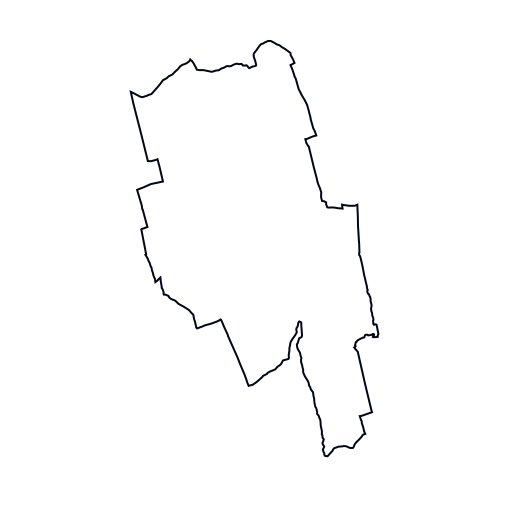 Tanasoaia, Vrancea, Romania, rotated 260°
{"feature_id": "2599482B41706527449464", "entity_name": "Tanasoaia", "entity_type": "district", "adm_level": 2, "iso_a3": "ROU", "parent_name": "Romania", "parent_adm1": "Vrancea", "projection": "equal_earth", "projection_center": [27.348, 46.108], "detail": "fine", "context": "isolated", "style": "outline", "palette": "ink", "viewbox_px": 512, "rotation_deg": 260, "n_neighbors": 0, "source": "geoboundaries", "source_scale": "gbopen_adm2", "svg_char_len": 6081}
<svg xmlns="http://www.w3.org/2000/svg" viewBox="0 0 512 512"><g transform="rotate(260 256 256)"><path d="M449.8,325.2L450.7,324.5L455.0,320.4L457.3,317.6L458.9,316.3L460.1,314.7L460.8,313.2L462.6,311.2L465.0,308.2L465.3,307.2L465.6,306.0L465.6,305.3L465.4,304.0L465.1,303.4L464.9,302.0L464.0,299.8L463.8,298.0L463.2,296.9L462.4,295.9L458.6,292.2L456.3,289.6L455.7,289.1L454.6,288.6L452.8,288.4L447.3,289.2L444.4,289.3L443.8,289.2L443.4,288.9L443.3,288.5L443.0,284.4L442.1,282.4L442.1,282.1L442.5,281.6L444.4,280.6L445.4,279.9L445.5,279.0L445.5,278.2L445.8,276.2L447.0,275.6L447.7,275.1L447.8,273.3L448.0,272.2L448.7,270.6L448.7,269.5L448.4,267.5L447.5,264.8L447.3,263.5L447.4,262.7L447.8,261.8L448.0,260.8L447.9,259.5L447.2,257.9L446.9,256.3L446.7,254.7L446.1,253.1L445.6,252.2L445.4,251.6L445.6,248.5L445.1,245.2L445.1,244.6L445.2,244.0L445.7,242.8L447.9,237.3L448.5,235.0L448.7,233.3L449.6,230.3L449.9,230.1L452.8,229.3L457.1,227.8L458.9,226.9L460.3,225.8L460.9,225.4L460.4,225.1L459.6,224.3L458.9,223.3L457.9,221.0L457.5,219.7L457.2,217.5L456.9,216.3L456.0,214.3L454.3,212.4L453.3,211.2L451.5,208.2L449.3,205.2L448.9,204.1L448.2,201.5L447.5,200.2L446.6,199.0L445.7,196.1L445.1,194.7L442.3,191.8L439.3,188.3L434.0,181.6L433.7,181.1L433.5,180.4L433.3,178.2L432.8,176.7L432.3,173.0L432.2,172.0L432.3,171.1L432.5,170.5L433.7,168.7L437.8,163.5L439.4,161.2L427.6,161.7L394.6,164.2L368.3,166.0L367.6,168.8L368.0,174.2L368.4,175.8L360.2,176.5L345.5,177.3L345.1,165.0L343.2,157.4L341.8,150.4L325.3,152.3L322.2,152.1L321.4,152.5L319.1,152.7L303.4,154.1L302.4,148.2L302.1,147.7L276.7,148.1L276.3,147.3L275.6,147.7L271.9,149.0L269.9,149.3L267.5,150.1L266.2,150.2L263.8,150.6L262.5,151.1L260.4,151.0L257.4,151.5L255.0,151.6L252.6,152.0L251.0,152.5L247.8,152.4L248.4,153.4L248.5,154.1L250.3,156.3L251.4,158.1L247.4,157.8L241.4,157.8L241.0,157.6L239.2,158.3L237.1,158.7L236.1,158.7L235.0,158.4L234.0,158.5L233.7,160.0L233.0,161.2L231.8,162.9L231.2,163.1L230.5,163.2L230.0,163.5L228.8,164.5L227.4,166.4L227.0,167.3L226.2,168.4L225.4,169.2L222.3,171.4L218.9,175.7L215.2,179.8L214.3,180.7L210.9,182.7L209.8,183.6L208.7,184.1L205.2,184.0L201.9,184.5L196.2,184.8L195.9,184.8L194.9,185.4L196.0,191.5L196.6,193.7L197.2,200.5L197.8,203.6L198.5,207.3L199.0,208.7L199.3,209.1L199.7,210.0L199.5,210.3L197.1,211.1L192.4,212.1L183.3,214.5L182.2,214.5L159.2,220.2L151.7,221.7L142.3,223.9L136.4,225.0L133.8,225.3L129.4,226.2L129.5,226.9L129.7,229.9L130.0,231.0L130.6,232.1L131.2,233.6L132.8,236.5L135.2,240.3L136.1,241.6L136.6,242.0L136.9,242.7L137.9,246.2L138.3,246.5L138.9,247.3L139.7,249.4L140.9,255.0L143.4,258.3L143.9,259.6L145.0,261.6L145.6,262.2L148.3,264.3L148.5,264.6L148.9,269.4L149.0,270.0L149.2,270.3L150.1,270.7L153.1,271.1L157.1,272.5L158.0,272.6L159.5,272.9L162.9,274.3L163.8,274.5L165.3,275.2L167.3,276.9L171.2,280.8L173.5,282.7L173.8,282.9L174.4,282.9L176.6,282.9L177.5,283.2L178.3,283.6L178.8,284.3L179.9,285.0L183.0,286.1L183.9,287.0L184.0,287.4L183.0,288.7L182.7,289.0L179.3,288.5L170.2,287.6L168.6,287.1L168.3,286.7L167.9,285.8L167.6,284.4L167.1,284.0L163.6,282.3L162.5,281.6L162.0,280.9L159.3,280.7L158.3,280.8L156.6,281.1L153.2,282.5L149.9,282.6L148.3,282.9L147.6,283.0L146.3,282.4L143.7,282.0L142.8,282.1L140.1,282.5L138.8,282.4L135.9,282.7L133.6,282.3L132.8,282.3L129.2,283.2L123.7,285.4L122.2,285.8L118.9,285.8L117.5,286.6L115.4,286.8L113.8,287.5L112.7,288.1L112.5,288.3L111.1,288.5L108.4,288.3L105.5,288.5L101.9,288.1L97.8,288.2L97.2,288.3L95.6,288.9L94.7,289.0L91.6,289.1L90.1,288.8L89.3,289.0L88.1,289.9L86.7,290.2L85.6,290.2L84.6,290.7L84.1,290.8L82.1,290.8L77.5,290.3L72.0,290.5L70.2,290.2L69.1,289.8L67.7,290.3L66.4,290.0L64.9,290.2L64.3,290.7L63.7,290.9L61.8,290.0L60.4,289.0L59.1,289.1L57.9,289.5L56.6,290.1L56.0,289.8L54.8,289.0L54.1,288.4L53.3,288.2L52.5,288.4L51.4,288.4L50.1,289.0L48.6,288.8L47.7,289.0L47.0,289.5L46.4,291.7L50.7,297.3L52.5,298.8L53.1,299.5L53.8,303.6L53.9,304.3L53.5,308.0L53.6,309.1L53.5,310.0L52.8,312.1L51.2,314.3L50.8,315.0L50.4,316.3L50.2,317.7L50.2,318.2L50.4,318.5L51.4,319.3L52.5,319.9L53.6,320.7L55.1,322.3L56.8,324.9L59.4,328.3L61.2,330.0L61.6,330.9L61.7,332.4L61.8,332.7L64.2,332.1L69.1,331.8L72.7,331.2L74.7,331.4L76.5,330.9L80.3,330.4L80.2,331.6L80.3,332.7L82.0,343.1L83.7,342.9L110.9,341.2L143.9,339.6L145.3,338.9L147.3,337.6L148.9,336.9L149.3,338.0L149.6,338.3L150.0,338.4L150.4,338.0L150.9,338.0L151.5,338.3L152.0,338.7L152.8,338.8L153.8,339.4L154.1,340.3L154.5,340.4L154.9,340.8L155.7,342.4L157.0,346.8L157.0,348.3L157.5,348.8L158.6,349.3L159.2,349.9L159.3,350.4L159.3,351.0L159.1,352.0L158.8,352.3L158.4,352.6L158.3,353.5L158.3,355.8L158.5,356.5L158.9,357.3L158.9,357.8L158.4,358.6L158.0,358.6L157.6,358.5L156.8,357.5L156.0,357.0L155.7,357.4L155.3,360.2L155.2,361.8L156.1,361.9L156.6,362.1L157.7,362.8L157.9,363.0L167.3,362.8L167.6,362.6L167.9,361.9L168.1,361.1L167.8,360.3L167.9,360.1L168.5,359.8L171.8,360.0L172.3,360.4L173.8,360.7L174.8,360.6L176.8,360.2L180.1,360.4L181.5,360.0L182.4,360.2L184.0,360.0L186.0,360.9L187.8,361.3L192.2,361.0L193.0,361.3L193.9,361.4L195.9,361.3L196.4,361.0L198.9,360.5L199.1,360.3L199.2,359.9L201.4,359.3L203.1,360.1L203.4,359.8L207.0,359.9L218.2,359.2L228.0,359.1L236.8,358.6L238.5,358.2L239.0,357.8L239.3,357.8L240.9,358.1L241.6,358.5L249.9,359.7L253.2,360.0L268.0,361.7L276.9,363.1L288.9,364.7L288.4,362.5L288.3,361.6L288.7,360.6L288.7,359.5L289.3,356.4L291.2,350.5L291.6,349.7L289.2,349.5L287.7,349.5L288.8,345.1L290.1,341.5L290.6,339.4L290.8,338.1L290.8,337.2L291.2,335.5L291.4,334.9L291.9,334.5L293.2,334.4L294.4,334.0L296.7,334.4L297.9,332.8L298.7,331.2L298.8,330.6L302.7,330.3L307.3,331.3L311.9,330.7L315.0,329.9L318.5,329.4L321.6,329.3L333.8,328.3L354.7,327.0L355.4,326.4L357.2,325.8L357.8,325.4L358.8,325.2L362.5,324.9L362.4,326.1L362.5,326.7L363.6,331.4L364.0,333.6L364.2,336.3L368.6,335.6L371.7,334.6L381.2,333.6L382.0,333.7L384.0,333.6L391.9,333.0L396.2,332.5L400.9,331.1L403.9,329.9L407.0,328.8L413.0,327.0L424.0,325.9L425.8,325.2L428.9,324.9L432.1,324.4L434.3,324.0L438.0,323.1L439.4,327.4L443.3,326.6L447.8,325.0L449.8,325.2Z" fill="none" stroke="#020617" stroke-width="2"/></g></svg>